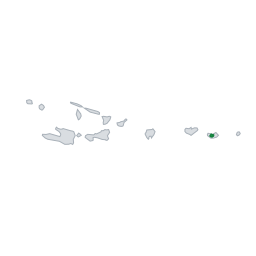 Middle Bush Tanna, Tafea, Vanuatu (highlighted), rotated 296°
{"feature_id": "77236927B24909731902413", "entity_name": "Middle Bush Tanna", "entity_type": "district", "adm_level": 2, "iso_a3": "VUT", "parent_name": "Vanuatu", "parent_adm1": "Tafea", "projection": "natural_earth1", "projection_center": [169.321, -19.465], "detail": "fine", "context": "in_parent", "style": "filled", "palette": "green", "viewbox_px": 256, "rotation_deg": 296, "n_neighbors": 0, "source": "geoboundaries", "source_scale": "gbopen_adm2", "svg_char_len": 3071}
<svg xmlns="http://www.w3.org/2000/svg" viewBox="0 0 256 256"><g transform="rotate(296 128 128)"><path d="M88.6,60.1L90.4,70.5L92.4,70.5L93.4,69.9L94.6,67.5L95.1,63.6L96.2,63.1L97.5,63.5L96.9,64.7L97.3,67.8L98.3,69.5L99.0,69.8L100.4,77.8L100.9,79.5L100.9,80.9L98.0,83.9L93.8,83.8L90.8,85.6L89.0,85.5L89.0,83.4L87.4,81.8L85.6,78.3L86.0,72.2L82.7,60.8L82.7,57.9L83.8,54.2L84.9,54.0L86.3,57.2L88.6,60.1ZM106.7,100.1L107.9,100.8L108.6,100.8L109.0,102.4L112.8,105.4L113.9,105.3L114.8,107.0L116.4,107.9L116.9,109.6L118.1,111.3L116.0,113.4L112.0,112.9L109.8,115.3L107.7,114.6L107.3,113.4L107.6,113.0L106.4,109.8L105.8,104.9L105.0,102.0L104.1,100.8L102.2,101.8L101.4,102.0L99.6,99.7L100.5,94.9L100.9,93.5L102.4,93.2L104.6,94.5L106.7,100.1ZM158.3,190.0L157.1,191.6L156.0,191.4L149.0,187.9L149.3,186.4L149.0,182.7L149.8,180.7L151.7,179.8L153.2,180.3L154.1,183.2L156.2,184.4L154.8,185.5L157.3,187.7L158.3,190.0ZM134.5,145.8L137.2,150.3L138.2,150.7L136.6,153.9L133.3,154.2L129.3,153.4L130.7,152.3L130.0,151.0L128.8,150.8L127.4,151.4L126.8,151.2L127.7,149.1L129.9,146.2L130.5,145.9L131.1,145.9L131.7,146.2L134.5,145.8ZM130.4,107.7L127.4,108.1L123.0,107.1L121.3,105.7L120.5,104.3L122.0,103.3L124.2,102.8L126.9,99.7L127.8,100.9L128.8,104.4L129.9,105.5L130.5,106.5L130.4,107.7ZM162.5,209.0L161.1,212.5L158.7,211.7L156.4,209.2L155.2,207.0L156.0,202.8L157.2,202.1L158.4,202.3L159.0,206.4L162.5,209.0ZM128.2,96.2L127.7,96.2L127.3,94.8L125.7,87.0L126.7,80.1L127.4,81.6L129.6,93.7L129.3,95.7L128.2,96.2ZM134.5,121.7L135.3,122.2L134.8,123.5L131.2,122.0L128.2,122.6L127.4,122.5L126.5,121.3L125.8,118.9L126.1,117.2L127.4,116.1L127.8,115.9L128.8,117.3L129.6,118.3L130.4,118.7L132.3,121.1L134.5,121.7ZM120.0,79.3L118.2,80.7L114.9,80.6L113.6,79.8L117.7,75.4L122.5,74.5L120.0,79.3ZM111.2,42.2L110.0,43.8L107.0,43.3L106.3,42.8L106.5,40.2L107.2,39.3L109.0,38.4L111.5,39.8L111.2,42.2ZM108.6,31.0L108.2,31.3L107.5,31.1L105.9,27.3L106.3,26.0L108.3,24.8L110.1,26.9L110.3,28.1L110.3,29.1L110.0,29.9L108.8,30.3L108.6,31.0ZM127.5,75.9L127.0,77.9L125.9,75.6L125.2,66.0L125.5,65.2L126.1,65.1L127.4,71.7L127.5,75.9ZM173.3,229.5L172.4,231.2L170.9,231.2L169.1,230.0L169.4,228.4L171.5,228.1L172.2,228.2L173.3,229.5ZM101.4,88.4L100.9,89.2L98.1,87.2L98.7,85.2L101.8,85.9L101.4,88.4Z" fill="#d9dde1" stroke="#a8b0b8" stroke-width="1"/><path d="M159.0,206.1L159.0,205.9L158.9,205.9L158.8,205.7L158.8,205.4L158.7,205.4L158.8,205.4L158.7,205.4L158.4,205.4L158.2,205.4L157.9,205.4L157.7,205.4L157.4,205.2L157.2,205.1L156.9,205.2L156.9,205.3L156.7,205.4L156.7,205.5L156.6,205.8L156.5,206.0L156.7,206.3L156.7,206.5L156.7,206.8L156.7,207.0L156.7,207.3L156.8,207.3L156.9,207.5L157.0,207.5L157.2,207.8L157.1,208.0L157.2,207.9L157.3,207.8L157.5,207.8L157.5,207.7L157.7,207.8L157.8,207.9L157.9,208.0L158.0,208.1L158.1,208.3L158.3,208.3L158.5,208.3L158.5,208.2L158.6,207.8L158.6,207.7L158.8,207.6L159.0,207.6L158.9,207.5L158.9,207.4L158.8,207.2L158.7,207.2L158.6,206.9L158.8,206.8L159.0,206.8L159.0,206.7L158.9,206.6L158.9,206.4L158.9,206.2L159.0,206.1L159.0,206.1Z" fill="#22c55e" stroke="#15803d" stroke-width="1.5"/></g></svg>